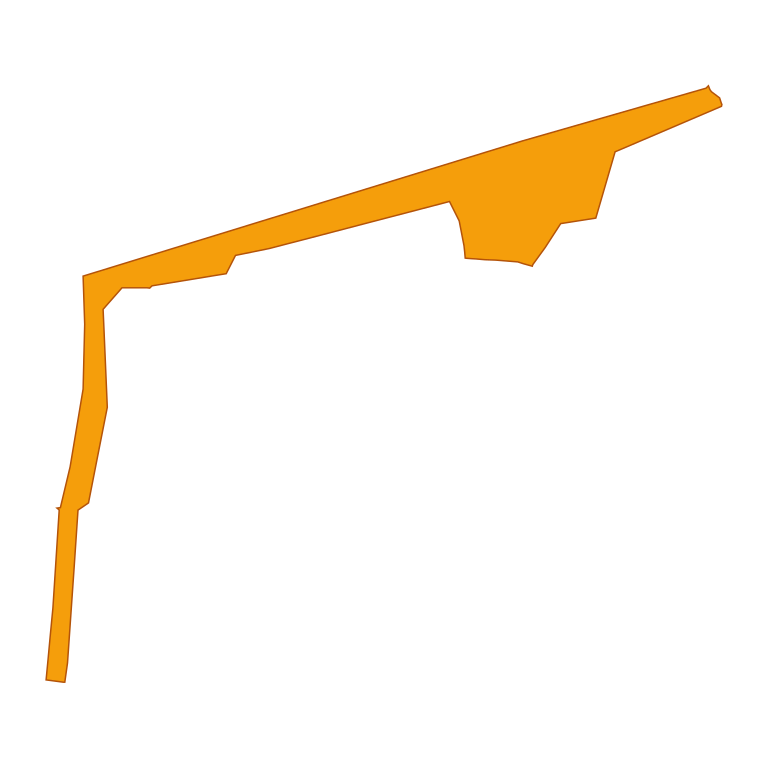 outline of John Compton Highway, Castries, Saint Lucia
{"feature_id": "8701671B24659660179823", "entity_name": "John Compton Highway", "entity_type": "district", "adm_level": 2, "iso_a3": "LCA", "parent_name": "Saint Lucia", "parent_adm1": "Castries", "projection": "robinson", "projection_center": [-60.989, 14.019], "detail": "fine", "context": "isolated", "style": "filled", "palette": "amber", "viewbox_px": 768, "rotation_deg": 0, "n_neighbors": 0, "source": "geoboundaries", "source_scale": "gbopen_adm2", "svg_char_len": 873}
<svg xmlns="http://www.w3.org/2000/svg" viewBox="0 0 768 768"><path d="M46.1,679.9L63.4,682.2L64.8,682.2L67.5,663.0L74.2,566.6L78.0,510.1L84.6,505.6L88.5,502.9L97.1,459.0L107.3,407.3L104.0,329.8L103.1,309.3L122.0,287.8L147.1,287.8L149.7,288.1L150.6,287.2L152.1,285.8L213.1,275.8L226.2,273.7L227.1,271.9L235.5,255.4L269.4,248.5L287.8,243.7L296.0,241.6L449.5,201.5L459.2,220.9L464.0,245.7L464.7,252.2L465.2,258.1L466.8,258.3L471.9,258.7L475.6,258.9L484.9,259.7L495.7,260.1L517.8,261.9L523.3,263.7L532.3,266.2L532.8,264.6L545.2,247.5L560.7,223.6L595.8,218.1L615.1,151.8L721.5,106.3L721.9,104.4L721.4,103.4L719.6,97.9L711.4,91.7L709.9,89.6L708.4,85.8L706.0,88.2L522.5,140.9L83.1,276.1L84.7,324.3L83.1,389.1L70.1,466.9L60.4,507.6L57.0,508.1L58.1,509.0L59.2,510.1L54.4,584.9L52.9,608.1L50.3,635.2L48.0,660.0L46.1,679.9Z" fill="#f59e0b" stroke="#b45309" stroke-width="1.5"/></svg>